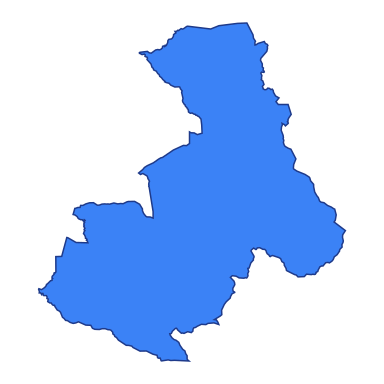 Camilo Ponce Enriquez, Azuay, Ecuador (Mercator projection)
{"feature_id": "8360857B38047305818625", "entity_name": "Camilo Ponce Enriquez", "entity_type": "district", "adm_level": 2, "iso_a3": "ECU", "parent_name": "Ecuador", "parent_adm1": "Azuay", "projection": "mercator", "projection_center": [-79.616, -2.963], "detail": "fine", "context": "isolated", "style": "filled", "palette": "blue", "viewbox_px": 384, "rotation_deg": 0, "n_neighbors": 0, "source": "geoboundaries", "source_scale": "gbopen_adm2", "svg_char_len": 5911}
<svg xmlns="http://www.w3.org/2000/svg" viewBox="0 0 384 384"><path d="M75.0,207.8L73.1,214.5L75.0,215.0L77.2,216.6L77.9,218.0L78.8,218.9L80.7,219.7L82.2,219.7L83.3,221.0L83.7,220.9L84.2,219.7L85.1,220.4L84.1,221.7L84.6,222.4L83.8,223.1L84.2,224.0L83.7,225.0L84.3,225.8L83.8,226.7L84.6,227.6L84.9,228.5L84.3,229.0L84.1,229.7L84.9,230.7L84.4,231.0L83.5,233.7L84.3,234.5L85.4,236.8L85.5,238.3L86.3,238.5L87.0,239.3L86.4,240.2L87.2,240.8L87.9,242.8L76.1,242.5L67.8,237.7L66.8,237.5L61.7,256.4L55.8,256.6L55.9,271.9L55.3,272.8L54.8,272.7L54.0,273.1L54.0,274.4L52.2,276.3L52.0,277.9L52.6,278.5L52.1,278.8L52.0,280.4L50.6,280.7L47.3,284.0L46.5,284.4L46.3,285.5L44.8,287.4L42.3,289.2L41.4,289.6L38.9,288.7L38.6,289.2L39.4,291.7L39.2,292.9L40.6,292.9L41.6,294.5L42.1,293.5L42.8,293.4L43.3,294.4L43.2,295.2L43.8,295.6L46.4,295.6L47.1,296.9L46.9,298.5L48.3,299.1L47.7,301.6L49.9,303.0L51.2,303.0L52.2,304.5L53.2,305.3L54.5,305.3L55.0,306.7L57.2,310.0L59.4,311.1L60.5,312.3L62.5,317.3L64.0,318.4L65.6,320.4L67.4,320.6L70.1,322.4L73.2,323.4L75.9,322.9L78.4,321.8L85.8,325.1L90.8,325.3L92.5,328.3L94.8,329.3L99.3,329.5L102.2,328.7L105.2,328.7L108.0,329.7L109.4,329.7L110.9,330.2L112.7,332.2L112.9,334.0L114.3,335.0L114.8,336.5L116.5,337.5L118.4,340.1L126.2,345.3L128.8,345.4L131.8,346.1L133.0,347.5L140.0,351.1L146.4,351.0L152.9,354.2L157.1,355.3L157.6,357.7L158.7,358.2L160.2,358.1L161.1,360.7L161.6,360.9L168.2,359.9L170.8,360.5L174.5,360.3L189.0,361.0L187.5,359.7L187.1,358.9L187.1,355.7L185.7,353.6L184.9,350.9L182.7,349.3L179.9,345.2L178.8,342.4L176.0,340.2L174.1,339.6L172.0,337.8L170.1,335.0L169.8,333.8L170.5,333.9L171.4,333.4L172.4,331.2L175.2,328.6L176.1,328.2L176.7,328.4L177.6,329.9L181.3,333.2L182.6,333.0L184.0,333.4L187.7,331.7L191.3,332.6L192.9,331.1L193.0,329.3L193.8,327.8L195.6,327.4L197.2,326.3L201.4,324.3L205.9,324.6L207.9,323.4L214.0,322.9L218.8,324.5L217.9,322.2L216.4,319.9L214.4,319.6L220.3,316.0L221.8,314.7L221.6,310.1L224.3,304.4L226.3,301.7L230.2,298.1L230.6,296.4L232.1,293.7L234.7,292.5L234.6,292.0L233.3,291.4L232.8,289.9L232.9,288.2L234.8,284.7L234.6,282.8L233.9,281.0L230.4,277.4L232.3,275.7L236.2,276.2L239.1,277.9L244.0,278.2L245.2,277.7L246.6,278.0L247.0,277.7L248.0,275.8L247.7,273.7L248.7,271.5L247.8,268.4L248.9,268.2L249.2,267.7L250.8,263.0L253.4,260.0L253.3,258.9L254.1,256.9L253.8,255.8L251.0,251.0L251.4,250.0L253.0,248.6L253.7,248.1L255.8,249.5L256.3,249.4L257.3,247.9L259.8,247.7L262.8,249.3L264.8,249.4L266.0,250.6L266.4,252.1L267.2,253.7L269.0,255.1L269.7,256.4L270.3,256.6L271.0,256.0L272.6,255.5L278.9,257.6L280.6,258.6L281.9,261.6L283.8,262.8L284.3,264.1L284.2,265.1L286.2,268.7L286.3,270.1L286.8,270.7L294.6,274.6L296.2,275.0L298.0,276.9L304.3,276.6L306.5,274.2L311.4,274.6L313.0,274.2L314.1,274.5L315.2,274.3L316.0,273.3L316.0,272.4L317.8,271.5L318.2,270.0L319.9,266.8L321.5,266.0L323.0,266.0L325.7,262.7L328.0,262.4L329.4,262.9L331.9,261.2L333.2,259.6L334.3,256.8L337.1,254.7L339.6,251.0L339.5,250.3L340.0,249.2L342.1,247.1L341.9,244.6L343.0,242.5L343.3,240.9L342.5,237.3L342.7,234.8L345.4,230.6L334.1,222.0L335.3,220.2L336.2,214.9L334.7,209.1L333.7,208.7L331.2,207.0L327.6,205.5L324.0,202.7L320.9,202.1L319.6,201.0L318.3,197.5L316.9,195.8L314.7,192.0L313.7,186.9L313.6,184.3L310.6,180.8L309.8,177.9L309.1,177.0L305.0,174.4L296.9,171.1L293.6,168.9L293.4,168.0L293.7,164.5L295.9,158.9L290.9,149.2L288.2,148.2L285.0,146.3L284.1,144.8L283.4,142.6L283.8,140.2L283.1,138.7L283.4,137.8L283.1,135.3L281.2,130.3L281.5,126.9L282.4,124.8L282.1,123.4L284.4,124.6L285.4,125.9L288.1,123.5L288.3,123.0L287.4,121.7L288.1,121.0L287.9,119.9L288.8,117.9L291.2,114.4L288.1,104.5L278.3,104.5L276.0,101.7L279.0,97.9L275.5,95.9L273.5,92.3L273.2,90.4L272.2,89.1L270.9,89.6L269.5,88.4L267.8,88.1L266.6,89.4L265.7,89.7L264.4,89.6L263.1,88.8L263.2,88.4L262.4,86.4L264.0,84.5L262.8,80.9L261.2,79.7L261.6,78.8L261.5,77.4L261.9,75.6L260.8,73.1L261.5,72.1L263.8,72.4L264.3,71.9L264.0,71.0L263.1,70.3L263.4,68.0L262.3,67.0L262.3,63.9L260.5,60.3L260.8,58.4L266.8,51.4L267.5,48.5L267.3,46.5L267.9,45.6L267.3,44.4L265.4,43.5L264.3,41.5L258.1,43.4L256.2,44.7L255.0,45.0L254.9,42.3L255.5,41.3L253.5,38.2L253.0,34.8L246.9,23.0L237.4,23.4L218.9,25.7L210.7,29.0L187.6,26.2L186.6,26.5L183.7,28.6L182.4,29.1L181.1,28.6L178.6,30.6L177.9,30.2L176.4,31.4L175.0,31.4L175.9,32.9L173.6,34.5L173.4,36.4L172.2,38.3L171.6,38.9L168.7,39.4L167.9,40.6L167.7,42.6L166.3,45.5L165.3,45.2L165.1,46.3L164.6,46.6L164.0,45.9L162.6,46.3L162.4,47.9L160.9,49.3L159.2,49.9L157.9,49.5L155.6,50.0L151.2,53.2L149.2,52.8L147.4,51.4L140.0,52.3L139.4,52.6L139.5,53.4L140.3,53.3L141.1,54.2L142.1,54.6L144.4,54.1L145.2,54.8L145.0,56.4L147.2,57.3L147.5,58.1L147.0,59.5L151.0,64.0L152.0,67.3L153.3,68.4L153.6,69.9L156.3,71.2L157.8,73.6L159.1,74.5L159.7,76.3L161.5,77.7L162.8,79.5L164.6,81.0L165.0,81.4L164.7,81.8L166.0,82.5L169.1,83.3L170.7,85.1L174.8,87.0L179.1,86.8L179.9,87.2L180.3,88.6L182.1,90.9L181.6,92.3L183.0,98.4L182.5,100.4L182.7,101.8L184.4,104.5L185.0,104.8L185.4,106.1L187.1,107.9L187.3,108.7L188.2,109.4L188.5,112.0L190.3,113.3L192.1,113.0L194.1,114.2L195.2,114.3L195.8,115.2L196.8,115.2L197.5,116.0L198.8,116.5L201.0,119.1L201.7,124.9L202.1,133.2L197.3,134.6L194.2,132.9L191.1,132.8L189.5,131.9L189.5,143.5L186.6,145.6L183.4,145.4L173.4,150.0L162.4,157.5L160.9,157.8L158.6,159.1L153.4,162.8L147.2,165.7L144.4,167.5L142.9,169.4L138.6,173.0L140.5,174.5L142.2,173.7L143.0,173.6L147.0,175.9L147.8,177.7L147.9,178.6L149.5,181.2L149.1,181.9L148.7,184.1L149.0,185.7L148.7,186.1L149.2,187.4L153.1,211.6L153.1,218.1L150.2,217.0L147.0,216.9L145.8,216.2L143.6,213.4L142.5,210.8L142.4,208.8L139.6,204.2L134.6,201.4L128.3,201.5L127.0,201.8L123.1,203.7L120.7,203.5L117.8,203.9L113.9,203.0L109.3,204.2L107.9,203.9L107.1,204.1L104.6,203.9L102.0,204.1L99.3,205.1L97.4,205.2L93.5,202.7L89.5,202.8L85.8,203.9L83.0,205.4L80.6,205.4L80.1,207.4L77.8,207.5L75.3,208.4L74.9,208.4L75.0,207.8Z" fill="#3b82f6" stroke="#1e3a8a" stroke-width="1.5"/></svg>